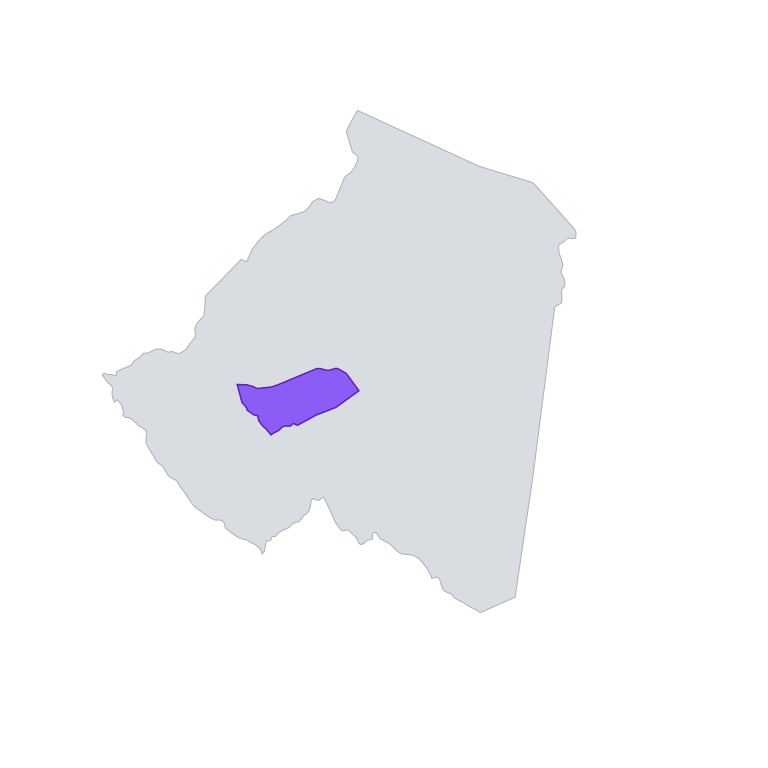 Ghardaïa on a map of Algeria (Albers equal-area conic projection), rotated 240°
{"feature_id": "DZA-2192", "entity_name": "Ghardaïa", "entity_type": "Province", "adm_level": 1, "iso_a3": "DZA", "parent_name": "Algeria", "parent_adm1": "", "projection": "albers", "projection_center": [3.122, 31.033], "detail": "fine", "context": "in_parent", "style": "filled", "palette": "violet", "viewbox_px": 768, "rotation_deg": 240, "n_neighbors": 0, "source": "natural_earth", "source_scale": "10m", "svg_char_len": 4613}
<svg xmlns="http://www.w3.org/2000/svg" viewBox="0 0 768 768"><g transform="rotate(240 384 384)"><path d="M532.7,144.4L533.2,145.8L533.4,147.1L531.4,148.5L530.1,149.3L528.6,152.8L525.8,155.2L525.3,155.9L525.3,156.6L527.4,157.5L528.1,158.5L528.5,159.8L527.8,164.7L526.9,173.2L527.0,175.0L527.9,177.2L528.8,178.9L529.1,180.8L529.0,185.6L530.1,188.3L531.0,190.9L529.3,194.1L528.7,197.0L528.4,201.0L528.3,203.6L527.2,206.0L525.8,208.3L524.2,209.7L522.1,211.0L519.7,212.6L517.9,216.9L513.7,220.5L512.9,221.8L512.6,224.6L512.8,228.4L513.7,231.5L516.0,235.9L518.0,240.8L518.6,243.3L519.3,244.2L522.0,245.8L526.5,247.8L527.4,248.7L529.8,252.0L532.1,258.1L533.0,262.1L541.2,268.0L549.1,273.1L549.7,274.0L554.8,292.5L556.7,299.0L563.3,322.7L561.1,324.2L558.7,326.1L560.7,329.2L564.6,334.3L567.1,338.4L567.9,340.3L570.0,345.5L571.7,350.5L572.1,352.2L572.9,356.1L572.9,367.0L574.7,380.8L576.5,387.6L574.7,393.9L573.3,400.0L573.5,403.0L574.9,407.6L576.1,410.9L577.5,412.7L577.6,418.5L577.2,420.6L573.2,423.9L568.7,427.0L567.5,429.4L567.3,432.1L568.0,434.2L582.6,453.0L583.2,454.9L583.7,460.4L586.4,467.2L589.0,470.1L590.1,472.3L591.9,473.8L593.7,474.9L594.7,475.0L600.7,472.7L611.2,475.1L621.2,477.5L622.0,478.1L628.5,488.2L634.2,497.8L526.0,574.5L513.8,585.6L485.1,612.6L482.8,613.9L443.7,622.2L423.4,626.2L422.4,626.4L421.2,626.5L420.4,626.4L418.6,625.8L416.5,624.2L415.1,623.4L414.8,622.2L415.6,620.5L416.6,619.0L417.0,617.9L417.7,617.0L418.6,616.3L418.6,615.3L417.9,613.6L417.2,611.4L417.3,607.2L417.3,605.3L415.4,603.7L411.9,602.0L408.6,600.9L407.1,600.6L403.5,599.9L398.6,598.8L396.9,598.0L393.7,594.1L392.1,593.1L384.7,592.4L382.2,591.7L380.2,590.8L378.5,589.5L377.6,587.4L377.3,585.7L376.7,584.8L368.6,580.5L366.5,579.1L365.4,577.7L365.4,575.8L365.7,573.4L365.4,571.2L365.1,570.2L228.3,465.8L221.2,460.2L205.2,447.5L133.8,390.9L137.6,355.4L137.9,353.6L138.4,352.8L140.9,351.8L144.9,349.2L146.5,348.0L148.4,346.8L155.0,343.4L156.4,342.4L162.9,338.3L164.3,337.8L167.6,337.6L169.1,336.9L171.0,335.2L173.9,333.3L175.7,332.4L176.2,332.3L177.3,332.3L182.8,333.4L185.1,334.1L187.8,334.7L188.7,334.5L189.5,333.9L190.7,332.5L191.1,330.8L191.3,329.2L191.5,328.6L192.0,328.3L193.2,328.5L194.8,328.9L198.1,329.1L199.3,329.0L203.1,329.0L208.5,328.4L216.2,326.6L220.0,324.2L222.9,321.5L225.9,317.4L228.3,313.9L232.9,311.8L236.6,310.7L238.8,310.3L243.6,308.6L251.8,303.4L258.3,303.0L259.2,302.5L260.2,301.6L260.3,299.8L259.3,298.6L258.0,297.8L257.1,297.1L256.2,296.9L255.7,296.0L256.1,294.5L256.3,293.1L257.0,291.7L257.0,289.7L256.2,287.6L256.0,286.1L256.2,284.7L256.7,283.6L258.1,282.9L259.6,282.7L261.8,283.2L265.6,283.0L275.4,280.1L276.1,279.0L276.8,276.7L277.6,274.6L278.7,273.9L279.2,273.8L287.0,272.9L288.7,272.8L303.0,274.2L315.3,275.1L316.4,274.7L316.5,273.1L315.8,270.2L316.3,268.5L318.2,266.9L320.4,265.1L319.5,262.8L317.8,261.3L315.4,259.4L314.2,258.6L312.1,256.3L310.8,253.8L310.1,248.5L308.6,245.5L307.5,241.8L308.9,235.2L307.5,231.1L307.3,229.4L307.4,227.3L308.0,223.8L307.9,218.8L306.3,213.6L307.2,211.9L307.7,211.0L307.6,210.2L305.9,208.5L305.3,207.1L305.7,205.9L306.7,204.1L306.6,203.3L304.0,201.0L299.5,197.1L298.3,195.5L297.7,193.5L302.1,194.2L304.5,194.0L309.8,191.9L314.1,188.9L317.4,187.4L320.4,184.0L323.1,181.8L326.9,179.6L337.8,174.8L339.4,174.8L342.9,176.1L346.0,175.8L348.2,174.1L350.5,169.8L354.1,167.2L358.6,164.7L364.6,162.3L368.6,160.0L374.8,158.1L390.4,157.0L398.3,156.0L403.7,156.3L409.2,152.6L412.0,151.4L423.8,151.1L429.4,148.4L450.5,148.1L453.1,149.0L455.6,150.4L460.0,153.8L462.2,154.6L465.0,153.8L471.4,150.3L478.7,148.4L482.6,146.3L484.2,143.4L487.6,142.2L489.6,144.4L497.2,146.4L501.8,145.6L503.9,144.8L503.0,141.5L508.0,142.2L511.8,143.7L515.9,146.7L518.5,147.2L523.1,145.6L532.7,144.4Z" fill="#d9dde1" stroke="#a8b0b8" stroke-width="1"/><path d="M391.5,288.5L392.2,287.9L394.1,286.5L394.7,286.0L395.1,285.5L395.1,285.0L395.0,284.5L394.6,283.2L394.5,282.4L394.5,281.5L394.9,280.7L396.9,277.7L397.3,276.8L397.5,275.9L397.5,274.8L397.5,273.8L397.3,272.9L396.6,270.2L396.5,269.3L396.7,262.8L396.6,261.6L396.4,260.7L404.5,259.3L407.1,258.3L409.9,257.7L414.7,257.2L416.0,257.4L416.6,257.6L418.4,258.5L419.1,258.6L419.7,258.5L420.3,258.1L420.7,257.7L421.6,256.5L422.1,256.0L429.0,252.7L429.6,252.5L430.8,252.6L431.0,252.7L431.6,253.0L432.3,253.1L438.9,251.8L457.0,256.6L451.8,264.9L447.4,269.2L444.1,271.4L443.6,272.0L443.2,272.5L442.4,274.0L441.6,276.5L439.8,280.1L437.7,285.0L436.4,291.4L431.0,333.4L429.1,336.8L426.3,339.3L424.6,341.3L423.5,342.9L421.6,350.2L420.4,351.7L412.0,356.6L390.7,358.9L387.8,330.5L391.0,310.0L391.5,288.5Z" fill="#8b5cf6" stroke="#5b21b6" stroke-width="1.5"/></g></svg>